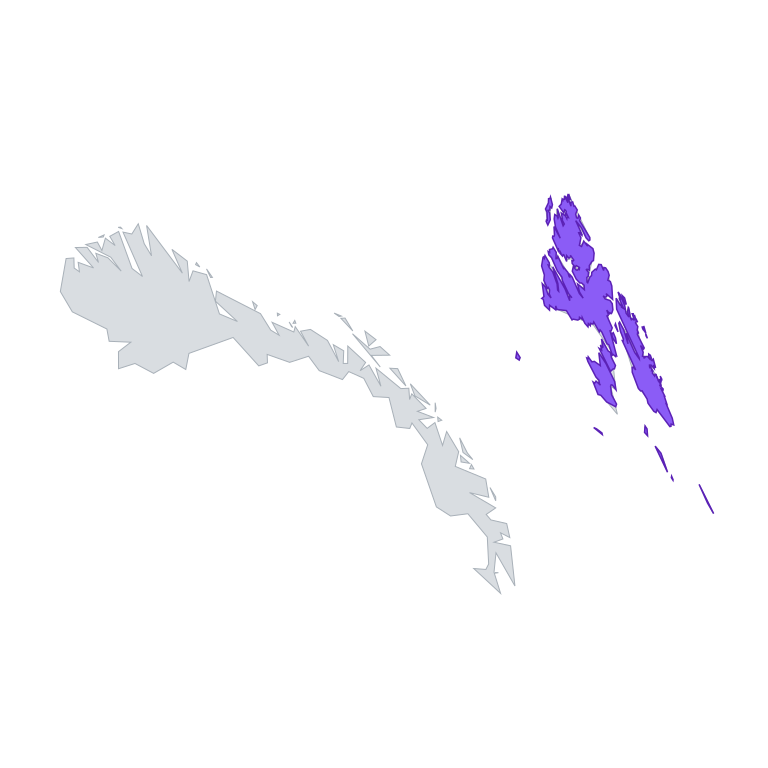 Svalbard on a map of Norway (Robinson projection), rotated 67°
{"feature_id": "NOR-901", "entity_name": "Svalbard", "entity_type": "Territory", "adm_level": 1, "iso_a3": "NOR", "parent_name": "Norway", "parent_adm1": "", "projection": "robinson", "projection_center": [18.37, 77.559], "detail": "fine", "context": "in_parent", "style": "filled", "palette": "violet", "viewbox_px": 768, "rotation_deg": 67, "n_neighbors": 0, "source": "natural_earth", "source_scale": "10m", "svg_char_len": 9871}
<svg xmlns="http://www.w3.org/2000/svg" viewBox="0 0 768 768"><g transform="rotate(67 384 384)"><path d="M457.0,367.5L430.8,373.5L435.0,377.7L428.4,389.4L398.4,384.7L391.4,398.8L370.9,400.4L358.8,411.6L363.7,420.5L346.4,438.4L329.0,442.6L327.2,462.4L311.1,480.0L319.0,483.0L318.4,492.2L282.2,504.7L279.6,551.6L293.2,560.8L281.5,569.5L284.2,591.9L267.8,605.2L266.2,622.4L250.5,615.8L246.6,600.7L237.3,620.3L225.1,617.6L195.8,642.7L172.4,645.8L144.3,627.6L146.8,620.2L156.2,623.9L161.7,620.5L152.5,618.0L163.7,606.0L137.8,614.7L142.2,603.9L160.6,599.3L151.1,598.2L160.0,588.8L177.4,581.8L160.5,586.0L139.1,604.0L141.3,592.4L150.9,591.5L140.9,583.5L151.5,577.4L140.9,578.7L139.9,568.7L179.2,570.8L190.7,564.3L142.2,564.9L147.4,557.5L140.5,547.6L161.2,549.9L175.2,547.9L145.3,540.6L203.2,526.3L177.2,526.6L194.0,517.1L213.5,523.4L205.2,515.6L214.0,504.6L255.2,508.1L269.2,494.5L241.9,506.8L233.0,501.9L271.0,470.2L290.2,467.2L298.1,461.5L283.5,462.9L300.9,446.7L296.5,443.3L319.7,438.6L302.8,440.2L305.0,430.4L321.8,419.0L345.7,417.0L328.0,415.3L337.7,408.1L349.1,413.5L350.9,409.4L334.9,402.5L357.0,392.5L362.4,400.8L360.6,390.4L384.9,387.7L366.3,385.2L394.8,370.3L397.6,362.8L408.3,366.5L403.9,362.3L422.9,354.8L422.2,363.9L434.2,351.5L430.5,365.9L441.7,361.6L439.4,352.2L463.4,354.1L452.2,344.9L475.5,341.7L487.7,350.6L511.2,327.5L529.2,331.8L517.4,347.7L541.7,329.6L544.0,340.9L550.9,338.7L560.4,325.6L574.5,328.2L566.5,334.9L573.1,335.1L572.6,344.6L582.4,330.7L621.1,342.4L583.2,346.9L600.3,356.3L622.3,358.5L588.9,373.5L594.5,362.7L590.6,358.0L565.2,348.7L536.2,357.5L531.5,374.3L517.6,383.8L472.1,380.7L457.0,367.5ZM367.2,134.1L391.4,139.0L388.8,147.5L400.0,143.0L404.4,150.1L446.7,160.8L411.8,168.2L372.6,205.2L330.0,186.1L376.6,178.1L331.8,180.7L325.6,175.4L380.8,167.4L369.5,165.6L374.8,162.4L342.2,161.2L341.1,167.5L317.5,171.1L290.7,156.5L306.9,156.4L300.8,149.4L288.6,152.8L281.7,139.8L328.0,137.7L331.4,139.8L310.1,143.7L331.4,148.5L345.3,139.7L368.1,155.9L360.5,140.9L367.2,134.1ZM420.3,127.0L459.4,134.1L469.9,127.1L474.6,127.9L471.9,131.8L491.2,129.0L534.7,136.8L486.0,151.4L426.7,145.4L419.7,143.3L436.6,140.0L405.0,139.8L397.8,136.3L407.0,134.3L392.7,132.5L414.4,133.0L411.9,129.4L420.6,131.1L420.3,127.0ZM450.2,163.8L479.6,172.9L474.6,176.2L503.1,181.0L470.4,190.9L464.4,190.1L468.2,185.2L440.3,187.1L451.5,177.6L428.7,166.2L450.2,163.8ZM352.7,384.5L366.9,380.8L325.4,393.4L346.5,383.2L348.0,373.0L359.7,367.5L352.7,384.5ZM375.2,365.4L394.4,364.6L371.8,372.4L375.2,365.4ZM394.1,359.7L421.5,349.7L407.0,360.2L394.1,359.7ZM278.1,157.4L297.0,167.0L301.2,171.2L286.0,166.5L278.1,157.4ZM340.1,374.0L343.1,383.2L327.9,380.9L340.1,374.0ZM488.3,331.8L477.9,338.0L463.1,335.4L480.0,334.2L488.3,331.8ZM490.4,336.3L485.9,343.5L479.6,341.5L490.4,336.3ZM308.1,394.1L323.0,392.0L306.7,398.0L308.1,394.1ZM630.9,131.6L599.6,133.1L631.9,131.3L630.9,131.6ZM557.2,156.1L575.8,157.4L547.8,158.5L557.2,156.1ZM520.7,326.9L531.6,325.3L535.2,326.8L520.7,326.9ZM497.4,334.4L495.4,338.3L492.3,335.0L497.4,334.4ZM439.9,345.0L439.7,348.9L435.5,347.5L439.9,345.0ZM413.1,248.5L411.8,252.3L406.7,249.3L413.1,248.5ZM534.4,161.7L525.8,161.2L524.9,159.9L534.4,161.7ZM262.3,470.1L265.1,473.6L256.9,472.8L262.3,470.1ZM421.2,344.2L426.8,345.6L429.9,347.9L421.2,344.2ZM398.4,129.0L402.0,130.8L396.4,130.1L398.4,129.0ZM218.2,502.0L208.7,502.4L218.8,500.3L218.2,502.0ZM204.3,507.8L200.5,510.8L199.0,509.2L204.3,507.8ZM304.3,399.0L299.2,402.2L304.8,396.7L304.3,399.0ZM139.0,584.9L137.5,589.7L137.4,583.4L139.0,584.9ZM292.6,444.0L290.6,441.3L293.6,441.4L292.6,444.0ZM602.4,352.4L601.5,355.7L601.1,355.1L602.4,352.4ZM295.1,446.6L289.8,447.1L296.3,445.9L295.1,446.6ZM279.2,452.7L279.6,455.4L277.1,454.5L279.2,452.7ZM138.5,564.6L135.9,567.5L136.7,565.2L138.5,564.6Z" fill="#d9dde1" stroke="#a8b0b8" stroke-width="1"/><path d="M434.1,163.0L421.4,163.2L418.6,164.0L420.1,165.4L408.9,166.7L410.5,168.2L408.8,170.2L410.9,171.3L408.3,172.3L411.1,173.9L406.6,175.4L400.2,175.6L401.7,176.4L399.0,178.0L400.7,178.9L400.9,180.6L398.2,184.6L398.5,185.9L387.7,187.4L383.0,195.6L379.2,195.4L382.8,197.0L376.2,200.8L380.6,202.8L374.4,205.5L368.3,204.3L366.9,205.4L366.0,202.6L353.5,199.1L357.9,197.5L365.4,198.0L370.1,196.6L365.7,196.7L362.1,194.8L359.3,195.1L359.8,196.2L351.1,196.4L346.3,193.8L336.9,192.8L329.5,188.1L329.3,187.3L330.9,187.3L328.7,185.6L337.1,184.5L339.6,185.6L338.8,186.4L341.4,186.4L346.7,184.9L359.6,185.6L365.4,187.5L366.8,187.0L359.5,184.7L342.0,182.9L367.3,180.2L379.9,180.5L374.6,178.5L378.1,177.3L372.9,178.8L358.7,179.4L355.1,178.5L347.6,180.3L333.2,180.4L329.6,181.8L326.2,181.1L327.6,180.1L324.9,179.1L325.4,176.1L324.2,174.9L330.1,174.0L335.8,176.7L336.1,175.6L334.4,174.1L347.0,173.6L346.4,173.2L353.2,171.1L357.5,171.6L358.1,171.2L355.9,170.1L359.2,169.0L377.1,168.8L382.8,167.1L375.8,168.1L367.6,166.7L375.5,162.7L371.3,161.2L368.3,162.6L367.5,164.3L362.5,166.1L353.7,166.6L349.9,163.9L354.2,162.5L354.8,161.1L353.7,159.8L354.7,159.4L353.1,158.5L350.1,160.8L351.1,162.3L346.6,163.7L343.8,162.8L344.6,161.9L344.1,160.9L338.3,162.1L339.8,162.5L340.5,164.6L337.2,165.7L342.6,168.0L335.5,168.0L334.9,168.5L336.0,169.7L332.1,171.0L332.5,170.1L330.4,170.2L330.0,171.3L326.9,170.5L328.6,171.6L315.3,171.8L313.8,170.9L314.5,169.9L313.5,168.9L305.5,166.0L318.7,164.8L306.6,164.8L298.6,162.9L294.7,160.6L297.0,159.0L299.4,159.1L298.9,158.6L290.3,156.0L308.4,157.3L307.2,155.5L301.6,156.0L300.3,155.7L302.4,155.4L295.9,154.0L300.2,151.3L303.1,151.1L302.0,150.5L302.9,149.2L298.6,149.4L299.8,150.5L298.8,150.8L296.4,148.8L294.9,149.1L294.2,149.6L296.7,151.6L288.9,153.4L287.8,150.6L283.4,147.8L284.6,147.5L283.7,147.0L284.5,145.8L281.2,144.3L289.0,143.9L284.0,143.2L286.6,142.1L293.4,142.4L289.7,140.9L290.1,139.2L294.6,139.7L294.7,138.8L299.3,138.1L302.5,141.2L306.3,141.8L307.2,140.7L304.5,138.8L308.0,138.3L310.1,140.1L329.6,137.3L331.9,138.2L332.2,139.5L328.5,140.9L317.4,141.2L308.5,143.7L324.0,143.3L324.6,143.7L321.0,144.7L320.8,145.7L326.4,145.6L332.7,150.0L334.6,148.4L330.5,144.3L336.7,142.7L334.6,142.4L341.0,138.8L345.7,139.5L352.3,143.0L352.3,144.4L355.2,148.7L359.4,150.5L357.6,152.3L357.9,153.1L361.1,152.1L364.7,154.0L365.1,155.6L369.5,157.3L370.4,156.9L365.9,152.6L365.3,150.6L362.4,149.1L360.8,144.6L361.9,143.9L357.8,139.6L359.0,137.4L365.4,137.5L362.7,136.0L363.7,134.6L367.9,133.8L371.9,134.2L375.9,137.4L378.1,135.6L382.8,136.0L395.4,140.5L387.6,144.2L390.0,144.2L390.6,145.3L390.4,146.7L388.5,147.8L392.1,147.2L395.5,143.3L399.2,142.5L405.1,144.3L407.5,146.4L408.0,147.4L406.8,148.1L407.5,148.9L403.0,150.1L406.9,150.2L408.5,150.9L408.5,152.2L421.5,152.0L423.9,154.2L423.5,155.1L449.1,158.9L448.5,159.7L449.2,160.1L446.3,161.6L446.7,162.5L435.8,161.7L434.1,163.0ZM534.9,133.3L533.1,135.4L535.1,136.4L534.9,137.5L514.2,142.6L516.6,144.8L514.6,146.3L504.8,148.5L500.7,147.7L491.1,149.1L490.7,150.5L487.6,151.6L470.1,150.9L465.7,149.1L465.8,148.0L469.4,146.8L437.4,147.7L437.9,147.1L436.0,146.0L427.8,145.8L419.8,144.1L419.0,142.9L427.9,142.2L442.4,143.7L431.9,141.3L453.0,140.9L460.6,139.2L459.6,138.9L406.0,140.6L395.7,136.8L403.5,135.8L404.3,135.3L402.5,135.3L404.2,134.7L406.0,135.4L408.2,133.9L397.5,134.1L396.3,133.5L399.5,133.5L390.7,132.6L394.5,131.7L405.7,131.8L404.6,131.5L413.4,133.5L418.1,132.4L412.6,131.6L408.9,129.2L409.7,129.0L419.4,131.3L422.2,131.2L420.1,130.8L422.2,129.2L420.9,129.1L423.0,128.5L416.3,128.1L416.7,127.1L419.4,127.6L419.1,126.6L424.9,127.2L426.0,128.6L430.3,127.9L433.4,129.9L437.1,129.8L435.8,130.5L437.4,131.4L452.5,130.4L453.3,131.4L448.8,132.8L456.0,133.0L459.4,135.2L460.6,134.1L462.3,134.6L460.3,133.7L462.1,133.7L460.7,133.0L461.7,130.6L463.6,130.0L459.9,128.6L461.6,127.6L465.0,127.8L464.1,129.0L466.2,129.4L465.3,129.0L467.3,128.1L466.4,126.4L475.3,127.7L471.7,128.4L475.3,129.3L470.9,130.8L470.3,132.2L472.1,132.9L473.7,132.8L471.5,132.0L474.8,131.7L476.3,132.5L476.2,131.5L477.3,131.4L478.8,132.7L482.4,131.8L480.9,130.6L481.6,129.8L485.5,130.4L483.6,129.8L488.1,130.3L491.3,129.6L487.4,129.1L489.0,128.7L494.3,129.7L492.4,130.0L493.2,130.7L497.7,129.0L498.7,129.6L497.1,130.8L505.8,130.2L503.9,130.7L512.4,131.4L511.3,132.0L528.1,132.0L534.9,133.3ZM495.5,179.6L487.5,186.1L479.1,188.8L477.3,191.1L464.0,190.7L465.6,189.7L464.2,187.7L469.7,185.2L466.6,186.0L467.0,185.3L464.4,184.7L460.4,186.2L443.0,187.5L439.3,187.2L440.3,186.3L438.8,185.4L444.8,184.0L445.4,181.5L451.6,177.7L439.1,174.0L451.9,171.7L471.9,170.7L479.9,172.7L474.3,174.2L473.5,175.2L474.6,176.3L482.8,178.7L493.4,177.8L495.5,179.6ZM460.9,170.5L435.4,172.0L437.7,170.4L432.6,169.5L435.8,168.9L435.5,168.0L427.5,166.2L441.1,164.8L443.5,163.2L448.6,164.3L457.4,163.7L460.1,166.0L459.6,167.0L460.9,170.5ZM301.7,171.1L297.7,171.2L296.6,170.4L297.2,169.7L289.5,166.8L286.0,167.0L281.5,161.9L277.7,160.1L278.1,158.7L276.9,157.7L284.8,158.9L287.5,160.9L285.5,161.8L288.7,163.5L288.3,165.1L291.3,164.7L297.8,166.8L301.7,171.1ZM599.5,133.2L632.1,131.2L620.1,132.7L599.5,133.2ZM555.8,156.1L576.0,157.5L547.1,158.7L555.8,156.1ZM426.4,152.9L432.1,152.9L437.8,154.3L430.5,155.5L425.6,154.6L427.0,154.2L426.4,152.9ZM412.8,248.4L414.8,250.2L411.4,252.4L406.6,249.4L412.8,248.4ZM534.6,161.6L530.4,163.1L524.7,160.1L528.1,159.4L534.6,161.6ZM401.4,130.9L395.8,130.1L398.8,128.9L405.5,129.9L401.4,130.9ZM419.0,147.4L427.5,148.2L420.2,148.5L419.0,147.4ZM514.2,202.5L515.8,202.8L506.0,208.0L508.3,205.9L514.2,202.5ZM282.0,140.6L287.5,141.7L283.6,142.1L282.4,141.3L284.1,141.2L282.0,140.6ZM436.7,123.7L432.0,122.2L439.4,123.1L436.7,123.7ZM442.0,124.0L439.7,123.4L444.9,123.7L442.0,124.0ZM286.3,140.4L281.1,139.8L286.7,140.2L286.3,140.4ZM487.6,127.5L488.7,127.4L490.9,128.4L487.6,128.6L487.6,127.5ZM424.1,126.8L422.1,126.6L426.3,126.4L424.1,126.8ZM489.4,126.8L488.3,127.1L484.6,126.7L487.6,126.4L489.4,126.8ZM581.3,155.3L585.0,155.3L585.5,155.6L582.5,156.1L581.3,155.3ZM436.2,124.0L434.3,124.3L431.7,124.0L436.2,124.0Z" fill="#8b5cf6" stroke="#5b21b6" stroke-width="1.5"/></g></svg>